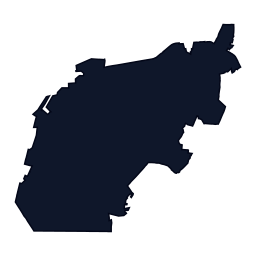 Susāju pag., Vilakas, Latvia
{"feature_id": "27541924B7356494946618", "entity_name": "Susāju pag.", "entity_type": "district", "adm_level": 2, "iso_a3": "LVA", "parent_name": "Latvia", "parent_adm1": "Vilakas", "projection": "albers", "projection_center": [27.605, 57.194], "detail": "fine", "context": "isolated", "style": "filled", "palette": "ink", "viewbox_px": 256, "rotation_deg": 0, "n_neighbors": 0, "source": "geoboundaries", "source_scale": "gbopen_adm2", "svg_char_len": 5529}
<svg xmlns="http://www.w3.org/2000/svg" viewBox="0 0 256 256"><path d="M192.1,153.5L190.7,153.3L190.3,153.3L189.9,153.3L189.4,153.1L189.2,153.0L188.9,153.1L188.1,153.0L188.2,151.8L188.3,151.2L188.3,150.1L187.5,149.9L186.7,149.9L183.3,149.6L181.7,149.5L182.1,144.9L181.1,144.6L180.8,144.5L180.2,144.6L179.2,143.4L178.5,141.5L178.5,140.1L178.9,139.6L181.1,136.8L182.1,134.9L182.4,134.0L182.9,133.2L183.6,132.4L183.2,130.5L183.2,130.0L182.3,128.3L184.6,126.1L184.7,125.9L184.7,125.7L184.8,125.1L185.5,123.4L186.8,124.0L187.8,124.7L191.0,125.5L192.6,126.0L192.8,125.5L193.7,123.7L193.9,123.0L194.5,121.5L195.8,118.7L196.6,116.6L197.0,115.8L197.4,115.8L197.7,115.8L197.8,115.9L197.9,116.1L198.2,116.5L198.3,116.8L198.1,117.0L198.3,117.4L198.4,117.6L198.5,117.9L198.5,118.6L199.9,118.7L199.9,118.9L201.3,119.4L201.8,119.8L202.5,121.0L204.1,123.7L204.9,123.5L205.4,123.5L208.9,123.8L210.0,123.9L212.0,124.0L213.0,124.0L215.4,124.3L217.6,124.0L218.2,124.1L219.7,121.0L220.2,119.9L220.8,118.4L221.8,116.0L222.5,114.4L223.4,112.4L223.7,111.9L224.6,109.3L225.4,106.6L224.2,105.5L218.3,100.0L218.5,98.5L218.9,96.2L218.8,95.6L218.8,94.3L218.9,93.8L219.2,91.6L219.8,87.7L219.9,87.3L219.7,84.7L219.8,83.0L220.0,81.4L220.1,80.4L219.9,79.6L220.0,79.2L220.0,77.4L219.5,74.1L221.3,73.6L223.2,73.3L224.7,72.7L224.5,72.2L227.2,71.5L227.7,71.8L229.3,70.3L231.3,68.5L231.6,70.5L231.6,71.3L232.2,72.9L232.5,72.7L234.1,71.7L234.5,71.3L235.1,70.0L235.4,69.6L235.7,69.4L236.4,69.2L237.0,69.3L237.3,69.5L237.4,69.3L238.5,68.4L238.9,68.1L239.6,67.7L239.8,67.6L240.6,67.1L239.8,65.6L238.4,62.8L238.1,62.1L237.5,60.6L237.4,60.5L236.7,59.1L235.3,56.6L234.1,55.3L233.9,55.4L233.1,54.6L232.2,53.9L230.3,53.0L230.4,52.8L228.5,51.7L226.5,50.6L228.0,48.3L229.3,49.6L230.6,48.1L231.7,47.7L233.2,45.5L231.5,45.1L229.9,44.7L230.1,44.3L230.4,42.9L232.2,42.7L233.0,39.5L232.4,38.3L233.7,36.4L233.6,36.0L233.4,34.8L233.7,32.6L233.8,29.8L233.8,26.9L233.7,26.4L233.7,24.6L231.0,24.5L230.8,24.7L230.2,24.7L229.1,24.7L226.2,24.7L223.1,24.5L222.2,26.6L221.6,28.1L220.5,30.2L219.0,33.3L218.5,34.7L218.3,35.5L218.0,36.7L217.5,37.5L217.0,38.4L216.4,39.2L216.0,40.3L215.5,41.2L214.4,43.0L214.1,43.6L213.1,43.1L211.9,42.4L211.0,41.9L209.5,41.7L206.8,41.8L206.7,42.1L205.0,42.2L204.9,41.6L202.3,41.9L200.1,41.9L200.1,42.2L197.3,42.3L197.1,42.2L193.9,42.4L193.0,46.8L192.6,49.1L191.6,48.8L191.6,49.8L191.6,50.5L191.5,50.8L191.0,51.4L191.0,51.6L190.9,51.7L190.6,51.9L190.4,52.0L190.4,52.3L190.7,52.5L190.8,52.6L190.7,52.7L190.4,52.9L190.4,53.0L190.6,53.3L190.8,53.7L190.7,54.2L187.3,52.4L186.4,52.0L186.3,51.5L185.7,48.7L184.6,48.9L184.1,47.5L183.7,45.9L183.1,43.7L179.0,43.9L179.1,43.0L176.5,43.2L175.6,43.3L174.1,43.7L173.2,44.0L172.3,44.4L171.6,44.8L171.2,45.1L170.4,45.7L168.7,47.1L166.5,49.0L164.6,50.6L163.4,51.5L163.7,51.7L163.3,52.1L161.6,53.4L161.4,53.3L160.3,54.1L156.6,57.2L156.7,57.3L156.0,57.8L155.7,57.7L153.5,58.7L151.7,59.1L140.4,61.0L122.3,64.2L117.1,65.1L113.0,65.7L108.9,66.4L104.1,67.4L104.1,66.8L104.6,63.3L104.8,61.9L104.9,60.6L104.6,59.3L104.1,59.6L103.7,59.6L100.6,59.4L97.5,59.3L91.6,58.9L91.3,58.9L90.9,59.1L89.0,59.9L76.2,65.5L76.8,70.5L75.9,70.7L75.9,71.2L76.0,71.4L79.6,71.2L80.7,71.1L81.0,71.1L81.4,71.3L81.7,71.5L83.7,73.2L83.6,75.7L83.4,75.8L81.1,75.7L80.0,75.6L79.6,75.7L79.0,76.0L75.5,79.0L75.6,83.0L68.6,83.5L68.7,87.9L61.9,87.9L57.6,92.4L57.1,94.9L52.8,95.9L46.3,107.1L50.7,111.7L50.0,111.8L49.6,112.6L47.8,114.5L46.7,113.6L42.6,110.1L42.2,110.5L41.9,110.7L41.3,110.1L41.8,109.4L41.5,108.8L45.0,103.7L49.3,96.0L49.0,96.1L47.8,96.3L46.4,96.8L46.1,97.1L45.9,97.6L45.6,98.0L39.8,106.9L38.0,109.8L37.8,110.0L33.0,114.3L35.0,115.7L35.8,116.1L36.5,116.5L35.6,119.6L33.7,127.4L37.3,127.3L36.4,135.3L35.3,138.7L32.3,147.8L29.8,149.7L28.3,149.4L26.9,155.2L26.1,158.3L25.8,159.0L24.6,164.1L30.6,165.7L30.9,165.7L32.2,165.9L29.2,172.5L29.3,172.5L29.2,172.6L27.4,176.4L25.2,175.4L23.8,178.8L25.2,180.2L23.0,182.3L22.6,182.8L21.7,183.5L19.9,183.1L17.6,192.4L17.3,193.9L17.1,194.3L16.5,197.5L16.3,198.0L16.2,198.5L15.4,202.0L19.1,207.9L19.6,208.6L22.2,212.8L24.1,216.1L25.9,218.2L27.7,221.3L33.1,229.5L33.9,230.9L85.0,231.2L89.6,231.3L107.7,231.4L107.8,231.5L111.2,231.5L111.2,226.6L111.7,222.9L111.3,219.8L109.1,220.6L109.1,219.7L109.2,218.9L109.2,218.0L108.6,213.5L118.6,216.0L123.8,215.5L126.4,213.4L125.8,212.5L125.5,212.4L124.7,211.9L124.9,210.7L126.0,210.4L127.5,210.4L128.2,210.2L129.3,207.7L126.7,208.2L126.0,208.4L124.3,208.7L124.3,207.5L124.5,204.7L126.8,204.7L127.1,203.9L125.3,203.1L125.9,199.8L127.4,198.0L126.8,197.3L130.2,193.7L130.5,193.9L131.2,193.9L131.2,196.0L130.6,196.8L131.3,197.5L133.0,194.8L133.2,193.6L131.6,192.2L131.1,191.3L127.4,185.9L128.3,184.8L130.3,182.6L131.1,181.5L131.8,180.8L135.5,177.0L138.7,173.5L139.2,172.9L142.5,169.3L144.3,167.2L145.3,165.9L145.6,165.5L146.4,164.9L147.7,163.1L148.1,162.5L151.5,162.5L153.3,162.6L155.0,162.7L156.1,163.0L159.3,163.1L161.4,163.9L164.6,164.6L165.0,164.8L168.0,165.8L168.2,166.1L171.1,168.8L171.4,169.8L172.5,170.6L174.5,172.5L175.2,172.9L176.0,173.2L176.4,173.2L176.5,172.9L177.1,172.6L178.7,172.6L179.5,172.0L179.7,171.3L180.1,170.3L180.2,170.2L180.2,170.3L180.3,170.2L180.7,169.8L180.9,169.7L181.1,169.5L181.3,169.5L183.0,168.0L184.3,166.7L184.7,166.3L187.2,163.7L187.8,163.1L187.8,162.5L187.8,162.4L188.1,162.0L188.2,161.7L188.2,161.4L188.2,160.6L188.5,160.2L188.7,159.7L188.9,159.1L189.5,158.8L189.9,158.4L190.0,158.2L190.2,157.0L190.1,156.8L190.0,156.5L190.0,156.2L190.3,155.9L190.8,155.6L191.1,155.6L191.2,155.0L192.1,153.5Z" fill="#0f172a" stroke="#020617" stroke-width="1.5"/></svg>